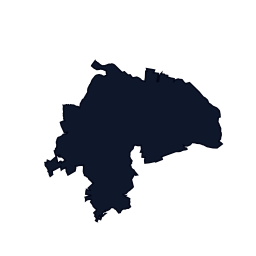 Pericei, Salaj, Romania (Albers equal-area conic projection), rotated 247°
{"feature_id": "2599482B97319558947930", "entity_name": "Pericei", "entity_type": "district", "adm_level": 2, "iso_a3": "ROU", "parent_name": "Romania", "parent_adm1": "Salaj", "projection": "albers", "projection_center": [22.87, 47.24], "detail": "fine", "context": "isolated", "style": "filled", "palette": "ink", "viewbox_px": 256, "rotation_deg": 247, "n_neighbors": 0, "source": "geoboundaries", "source_scale": "gbopen_adm2", "svg_char_len": 5696}
<svg xmlns="http://www.w3.org/2000/svg" viewBox="0 0 256 256"><g transform="rotate(247 128 128)"><path d="M191.3,140.1L192.6,139.0L193.2,138.1L193.4,137.5L193.3,136.6L193.9,135.9L194.2,134.6L194.1,133.6L194.3,132.3L194.2,131.3L195.3,128.4L197.3,126.9L199.8,125.7L200.3,125.1L201.4,124.7L202.2,124.0L202.7,124.0L199.7,119.0L199.4,118.8L196.5,120.2L194.0,122.2L193.8,122.6L193.9,122.9L193.4,124.0L193.1,125.7L192.2,127.2L192.2,127.7L191.7,127.9L189.4,130.1L188.7,130.3L186.9,129.6L185.8,129.6L185.0,129.2L184.8,128.5L185.0,127.4L184.6,126.7L184.7,126.2L185.4,125.5L185.7,124.7L186.1,124.7L186.8,124.3L188.3,122.3L188.8,120.0L188.8,119.3L188.5,118.1L186.4,114.2L185.2,112.8L184.3,112.1L183.6,111.1L182.9,110.5L182.7,109.8L180.1,106.8L178.5,105.8L176.7,105.1L176.0,104.2L175.2,102.9L173.8,101.5L173.9,101.2L173.4,100.8L173.2,100.3L171.9,98.6L171.8,98.0L171.9,97.7L171.4,96.6L170.6,96.0L170.3,95.4L169.7,95.1L169.3,94.0L166.8,92.5L165.6,91.4L166.1,91.1L166.3,90.7L167.0,90.5L167.5,89.9L167.5,89.4L167.9,88.9L168.1,88.6L168.4,88.5L168.8,88.0L169.7,87.5L170.0,87.0L170.7,86.3L170.7,85.4L171.6,84.6L171.8,84.1L171.6,83.5L171.8,82.7L172.7,82.3L172.8,81.1L173.5,80.4L173.5,80.0L173.4,79.5L173.8,78.1L173.8,77.6L174.1,77.3L173.7,77.2L173.1,77.6L172.9,77.5L172.7,77.0L172.3,76.7L171.8,76.7L171.3,76.2L170.3,75.8L167.9,75.2L166.4,74.1L165.1,73.9L164.6,73.4L162.3,73.1L161.7,72.5L160.3,72.6L159.8,72.8L159.5,72.5L159.6,68.0L156.0,67.5L148.7,67.7L148.2,69.1L148.0,70.4L147.7,70.8L147.5,70.7L146.7,68.6L147.4,65.9L146.7,64.5L146.4,63.6L146.3,61.4L146.5,60.3L146.3,59.6L145.0,58.2L143.1,56.9L143.0,56.6L142.4,56.7L141.6,56.2L140.3,56.1L138.2,54.9L137.6,54.7L137.5,53.6L137.1,53.2L136.1,52.7L135.7,52.1L135.7,51.3L132.5,50.9L131.6,51.0L130.8,51.2L129.6,54.8L128.8,54.7L129.3,52.8L128.9,52.8L127.9,54.2L127.6,55.2L126.8,56.1L124.8,57.1L122.6,57.7L122.5,56.2L122.1,56.1L122.3,53.9L121.9,53.8L121.8,53.3L123.1,53.4L123.5,53.3L123.7,52.9L123.6,51.9L123.1,51.8L122.9,51.3L123.5,49.8L123.6,49.7L124.8,49.9L128.6,50.7L130.1,50.8L130.2,50.6L129.2,50.2L129.1,48.8L127.5,44.1L127.6,43.4L127.7,43.1L129.8,41.2L127.6,39.8L128.2,39.2L128.6,38.1L127.5,38.0L127.0,37.6L125.8,37.3L124.8,37.4L123.5,38.0L122.1,38.0L120.4,38.4L119.8,38.3L119.7,37.7L119.2,37.4L117.8,38.0L115.7,37.4L113.9,37.5L114.7,40.5L115.5,40.5L118.2,41.5L118.3,44.5L119.0,50.9L115.4,50.2L115.8,51.3L115.9,55.1L113.7,54.9L112.2,54.3L108.2,54.4L108.3,55.4L109.2,62.5L111.8,64.2L113.4,64.7L112.9,66.5L112.9,67.8L111.2,72.6L110.0,72.0L109.6,72.1L105.4,70.0L103.7,69.7L102.1,69.8L101.3,69.5L100.3,70.6L99.2,71.1L98.8,71.6L97.9,72.1L96.3,72.1L93.9,73.2L91.2,74.2L90.7,74.7L88.2,68.0L87.5,68.5L85.7,68.7L86.2,67.7L86.5,66.5L87.5,66.1L87.6,65.9L87.3,65.9L86.6,64.9L83.6,63.3L82.2,65.3L80.3,67.4L80.2,67.3L80.4,65.8L81.0,61.5L79.3,61.4L77.6,60.6L77.9,61.6L77.9,63.0L77.8,63.8L77.5,64.1L77.5,64.9L76.8,66.0L75.5,66.1L74.9,65.2L74.4,64.7L71.0,65.6L69.7,65.4L68.7,65.7L66.8,66.5L66.5,67.0L66.0,67.3L63.7,66.0L63.9,65.2L63.3,63.5L62.4,63.5L61.1,64.2L60.5,63.9L59.9,63.0L58.1,63.6L58.0,63.8L57.5,63.8L56.1,62.9L55.5,62.0L54.4,62.6L54.1,63.0L54.3,63.0L56.3,65.5L58.6,67.5L57.2,68.5L56.2,67.6L55.2,66.3L54.4,67.0L55.2,67.8L56.7,69.0L56.8,70.8L57.5,72.1L58.0,74.0L58.1,73.8L58.1,73.4L58.0,72.7L57.6,71.7L57.3,70.1L58.0,70.0L59.4,70.9L60.4,72.2L60.4,72.4L60.2,72.6L60.4,73.4L60.0,73.7L60.0,73.9L60.5,74.2L60.2,74.7L61.0,75.2L60.4,75.7L60.2,76.9L60.4,79.3L61.2,80.7L61.3,81.9L61.1,82.4L59.8,84.1L58.7,84.4L58.3,84.6L58.1,85.2L53.5,86.3L53.3,87.9L53.9,88.3L54.9,89.9L55.2,90.6L55.4,91.9L54.6,93.8L54.6,95.9L54.1,96.6L54.0,97.2L54.6,99.5L57.4,99.3L59.2,100.7L60.8,101.0L62.3,101.9L64.7,99.8L65.7,98.7L66.1,98.4L66.5,99.4L66.8,98.3L67.1,98.1L68.8,97.6L68.5,99.4L68.5,100.6L69.9,103.6L70.0,104.9L70.8,107.1L70.9,107.8L71.8,109.8L79.4,111.0L80.3,112.4L82.9,115.7L81.6,116.6L81.2,118.4L85.3,117.1L87.0,116.9L88.2,115.9L90.1,115.3L91.8,115.7L92.1,115.2L92.6,115.2L93.3,115.5L94.4,117.6L96.3,117.5L96.0,118.1L95.9,118.6L96.1,118.8L98.5,118.2L101.0,118.2L103.1,119.4L104.9,120.0L105.0,120.4L105.5,121.2L106.3,122.1L106.4,123.0L107.1,124.6L109.1,125.9L109.4,126.9L109.9,127.6L107.9,130.3L106.9,133.3L103.4,132.3L102.8,131.9L100.9,130.1L100.1,131.9L96.1,129.7L96.0,129.9L95.6,129.7L94.3,132.3L91.5,130.6L89.1,129.9L87.8,134.3L86.8,139.6L86.0,140.2L85.8,147.3L88.5,147.6L87.7,162.9L86.4,166.0L86.3,167.0L86.1,167.6L86.3,168.4L86.2,170.2L85.5,172.9L85.4,173.9L86.2,174.0L86.8,173.7L87.7,172.0L90.4,172.4L89.2,173.6L88.3,175.9L88.3,178.4L88.6,179.3L89.6,181.1L89.6,181.7L89.1,182.3L88.3,184.0L87.2,185.2L86.3,186.9L86.0,187.5L85.9,188.1L85.5,188.3L84.5,189.5L83.8,190.0L83.3,190.9L80.0,193.6L76.7,198.4L74.9,202.2L76.5,208.5L78.1,207.8L79.6,206.8L79.7,206.4L80.6,206.4L81.8,208.9L82.7,209.2L85.2,211.1L87.5,211.8L87.6,211.7L88.3,211.6L91.5,213.1L95.0,213.0L96.2,213.2L97.2,213.0L98.7,213.1L102.3,215.2L102.4,216.5L102.3,217.2L103.0,217.3L104.1,217.8L107.9,218.7L108.7,218.6L111.0,217.8L112.0,217.2L115.0,214.4L117.6,213.2L118.9,212.1L120.4,211.8L121.1,212.0L122.8,211.9L125.4,210.7L127.2,209.3L131.1,208.1L133.3,207.5L145.7,202.3L146.1,199.4L146.4,198.3L147.6,197.5L151.3,196.6L151.8,195.9L152.6,194.2L153.3,193.6L153.5,193.1L153.7,190.5L153.1,188.5L155.3,189.7L157.2,186.9L159.5,184.2L160.8,185.0L162.5,182.3L162.7,182.2L163.2,182.4L164.8,179.8L165.5,180.3L164.9,178.9L164.2,177.8L163.3,176.9L158.9,174.2L159.4,172.9L166.3,177.3L168.9,173.1L171.0,175.1L175.4,168.3L172.7,167.8L173.4,166.9L173.4,166.6L167.5,163.8L164.3,161.8L165.0,160.8L166.6,158.6L167.3,158.8L168.0,158.6L169.8,157.4L171.2,156.1L171.4,155.9L172.1,152.5L172.9,151.5L176.0,150.8L176.2,150.4L176.5,149.0L177.3,148.3L181.2,146.6L181.2,145.6L181.4,144.2L191.3,140.1Z" fill="#0f172a" stroke="#020617" stroke-width="1.5"/></g></svg>